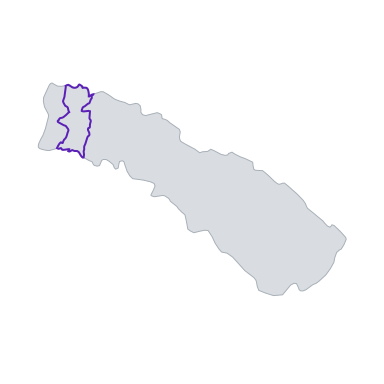 Bhojpur highlighted on a map of Nepal, rotated 187°
{"feature_id": "NPL-1134", "entity_name": "Bhojpur", "entity_type": "District", "adm_level": 1, "iso_a3": "NPL", "parent_name": "Nepal", "parent_adm1": "", "projection": "orthographic", "projection_center": [87.293, 27.148], "detail": "fine", "context": "in_parent", "style": "outline", "palette": "violet", "viewbox_px": 384, "rotation_deg": 187, "n_neighbors": 0, "source": "natural_earth", "source_scale": "10m", "svg_char_len": 4911}
<svg xmlns="http://www.w3.org/2000/svg" viewBox="0 0 384 384"><g transform="rotate(187 192 192)"><path d="M348.4,216.5L350.0,217.7L350.2,219.7L349.9,221.9L348.3,226.7L346.9,230.0L345.2,237.1L343.6,249.4L344.0,251.6L348.8,258.6L350.6,264.0L350.8,267.7L348.9,273.9L346.6,280.9L345.5,282.5L344.3,283.1L338.4,280.7L334.4,281.0L329.8,282.4L324.9,282.1L321.0,281.3L315.9,284.1L311.1,282.6L308.0,280.9L305.9,276.0L305.1,275.4L294.9,280.4L292.4,280.7L286.1,278.0L281.0,275.2L279.0,274.4L274.1,273.3L269.6,272.7L264.7,270.9L258.6,273.1L256.2,272.9L253.9,271.2L252.8,268.0L252.5,264.9L250.5,262.7L247.3,262.2L242.8,264.0L236.2,266.5L234.1,266.0L232.2,265.3L231.5,264.6L230.7,261.6L229.6,261.0L228.1,260.9L225.4,260.1L222.2,257.9L212.2,252.6L211.0,250.3L211.2,245.3L210.7,243.2L209.5,241.0L204.4,238.7L194.5,234.9L189.1,231.9L186.5,233.2L181.4,234.2L178.6,236.7L175.4,235.8L167.7,232.9L163.6,232.4L161.0,233.2L160.4,234.7L157.2,236.4L154.2,234.9L148.4,232.8L143.2,231.6L135.4,229.0L134.6,225.5L133.4,222.0L131.6,221.3L124.5,221.8L118.2,217.7L111.5,212.6L108.6,210.9L106.7,210.2L105.0,210.8L103.0,211.8L101.3,212.1L97.6,209.8L93.0,206.6L87.3,202.7L80.6,197.3L78.0,194.3L76.8,192.0L75.4,189.9L69.6,186.3L65.1,183.4L59.6,179.9L58.6,179.3L56.6,177.3L53.4,174.7L50.8,173.9L49.8,175.1L49.1,176.5L46.8,176.0L43.3,173.4L39.6,170.6L36.7,168.1L33.8,165.5L33.2,163.7L34.8,158.2L36.9,153.6L38.4,152.6L41.1,149.6L42.3,144.1L42.6,139.4L45.3,132.9L49.0,126.1L55.2,118.8L57.8,116.4L60.6,114.9L66.2,109.6L67.3,108.7L69.7,107.4L71.9,107.1L73.6,107.9L75.2,110.9L77.1,113.8L79.7,113.8L82.8,111.6L89.6,101.0L98.4,99.1L106.5,100.6L113.7,102.5L115.7,106.2L116.9,110.1L117.7,112.1L120.0,114.5L130.0,120.4L135.8,125.5L143.8,132.4L149.9,135.6L155.3,136.0L158.3,138.7L162.8,144.0L166.6,150.1L171.3,155.7L174.8,155.6L179.5,154.0L185.2,151.8L188.5,153.0L191.6,154.6L192.5,157.5L194.2,162.9L196.2,168.5L199.4,170.6L203.2,173.5L205.3,175.8L212.4,180.2L213.4,181.9L214.9,183.1L216.6,183.9L218.1,184.7L220.3,185.1L228.8,182.7L231.0,183.1L232.3,183.6L232.3,184.5L230.8,188.4L229.4,193.4L230.7,195.9L234.2,197.0L242.0,197.9L252.5,198.0L255.7,200.5L258.8,204.4L262.0,210.9L263.2,213.7L264.8,214.5L267.6,213.5L268.0,210.8L268.2,206.8L270.5,205.4L272.0,206.5L273.7,209.6L278.0,212.4L281.2,213.8L284.2,213.4L285.5,212.3L287.0,206.9L289.3,206.1L292.3,206.5L293.5,207.6L294.7,209.7L298.3,210.8L301.9,212.2L305.3,214.0L310.1,218.0L316.0,218.7L322.9,218.6L326.5,218.7L329.2,219.0L331.5,218.7L338.6,215.8L341.4,215.6L345.0,215.9L348.4,216.5Z" fill="#d9dde1" stroke="#a8b0b8" stroke-width="1"/><path d="M304.1,212.9L304.8,212.9L305.7,213.5L307.0,214.9L309.1,217.7L310.7,218.6L311.7,218.6L313.7,218.4L316.0,219.0L316.9,218.4L317.8,217.6L318.9,217.2L319.8,217.5L319.6,218.1L319.1,218.9L319.1,219.5L319.8,219.5L323.3,218.5L324.9,218.1L325.6,218.1L326.3,218.3L326.5,218.5L326.7,218.9L326.9,219.2L327.2,219.5L327.9,219.5L329.1,218.8L329.7,218.6L330.6,218.8L331.4,219.1L330.4,221.8L329.6,223.6L328.9,224.6L328.5,225.1L328.1,225.3L327.8,225.3L327.5,225.2L327.3,225.0L327.0,224.8L326.7,224.8L326.4,224.9L326.2,225.2L325.9,226.8L325.5,228.0L325.0,228.8L324.2,229.8L323.8,230.6L323.5,231.3L323.1,233.1L322.7,235.8L322.4,236.9L322.2,237.7L322.2,238.4L322.4,238.9L322.6,239.3L325.0,241.9L325.3,242.1L325.7,242.3L327.5,242.7L331.3,244.2L333.0,244.9L333.7,245.3L333.8,245.6L333.9,245.9L333.9,246.2L333.8,246.4L333.6,246.7L333.0,247.3L332.8,247.6L332.7,248.1L332.6,248.5L332.4,248.8L332.1,249.1L331.7,249.3L330.0,249.9L329.5,250.1L328.5,250.9L326.2,253.3L324.4,255.6L323.6,256.3L324.5,257.6L325.4,260.2L325.7,260.7L326.0,261.1L326.7,261.5L328.3,262.1L330.4,264.9L331.0,266.1L331.0,266.4L331.0,267.1L330.2,270.8L330.1,280.6L330.2,281.3L330.4,281.9L329.4,282.7L327.9,283.3L326.5,282.9L323.6,281.3L322.4,281.1L321.1,281.1L319.8,281.5L318.7,282.2L318.2,282.8L317.5,284.4L317.0,284.9L316.4,284.8L314.7,284.0L314.2,283.7L313.8,283.1L313.6,282.4L313.2,282.0L311.9,282.4L309.8,282.6L308.6,282.1L307.7,280.9L307.1,279.4L306.7,278.1L306.2,275.9L306.2,275.1L306.1,274.3L305.6,274.3L305.0,274.8L303.8,276.0L303.3,276.4L301.8,277.0L301.8,276.9L301.9,276.6L302.8,275.8L303.1,275.3L303.2,274.9L303.2,274.4L303.1,273.9L303.0,273.6L302.9,273.2L303.1,272.6L303.7,271.6L304.6,267.9L305.2,267.3L306.1,266.9L308.9,264.0L310.0,263.3L310.6,262.8L310.8,262.3L310.9,262.0L311.1,261.1L311.2,260.7L311.4,259.8L311.3,259.0L310.6,258.8L309.2,258.8L304.5,259.9L303.1,259.7L302.8,252.9L302.6,252.3L302.2,251.8L301.4,251.0L301.2,250.4L301.1,249.8L301.5,247.0L301.5,246.2L301.3,244.2L301.4,243.6L301.6,243.3L301.9,243.1L302.3,243.0L302.6,242.8L302.8,242.5L302.9,242.2L302.9,241.6L302.8,240.9L301.2,238.2L300.8,236.5L300.9,235.9L301.0,235.6L301.8,234.8L302.2,234.3L302.4,233.8L302.8,232.0L302.9,231.4L303.7,226.9L304.5,224.3L304.5,223.8L304.5,223.2L304.2,221.3L304.3,220.3L304.5,219.4L304.5,219.2L304.4,218.7L304.2,217.9L303.7,215.8L303.8,213.0L304.1,212.9Z" fill="none" stroke="#5b21b6" stroke-width="2"/></g></svg>